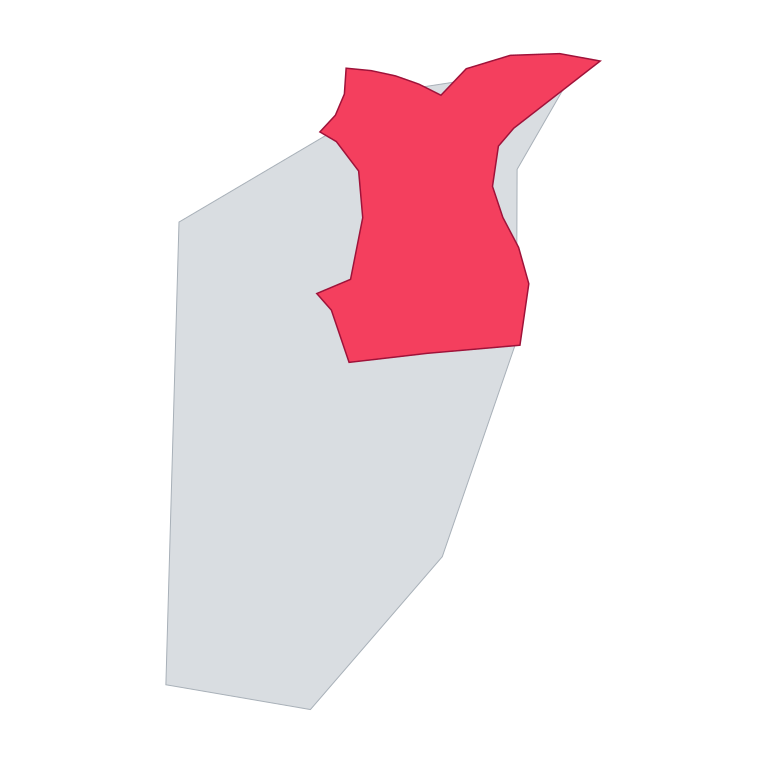 Saint George on a map of Grenada (Mercator projection), rotated 175°
{"feature_id": "GRD-5072", "entity_name": "Saint George", "entity_type": "Parish", "adm_level": 1, "iso_a3": "GRD", "parent_name": "Grenada", "parent_adm1": "", "projection": "mercator", "projection_center": [-61.72, 12.057], "detail": "fine", "context": "in_parent", "style": "filled", "palette": "rose", "viewbox_px": 768, "rotation_deg": 175, "n_neighbors": 0, "source": "natural_earth", "source_scale": "10m", "svg_char_len": 676}
<svg xmlns="http://www.w3.org/2000/svg" viewBox="0 0 768 768"><g transform="rotate(175 384 384)"><path d="M339.5,675.3L162.6,686.7L232.7,586.2L248.3,415.2L341.0,206.9L485.7,66.1L627.5,103.4L574.1,563.2L339.5,675.3Z" fill="#d9dde1" stroke="#a8b0b8" stroke-width="1"/><path d="M425.9,640.7L409.0,656.0L398.2,676.3L394.2,701.9L369.5,697.3L345.6,689.9L323.0,679.6L302.1,666.7L274.6,690.9L229.6,700.4L180.2,697.8L140.5,686.9L232.5,627.5L249.3,611.0L258.7,571.4L251.1,539.6L238.0,508.3L231.0,471.2L245.2,410.8L338.3,410.8L416.9,408.6L430.0,462.2L443.1,480.0L408.2,491.2L390.7,551.5L390.7,598.4L410.3,629.6L425.9,640.7Z" fill="#f43f5e" stroke="#9f1239" stroke-width="1.5"/></g></svg>